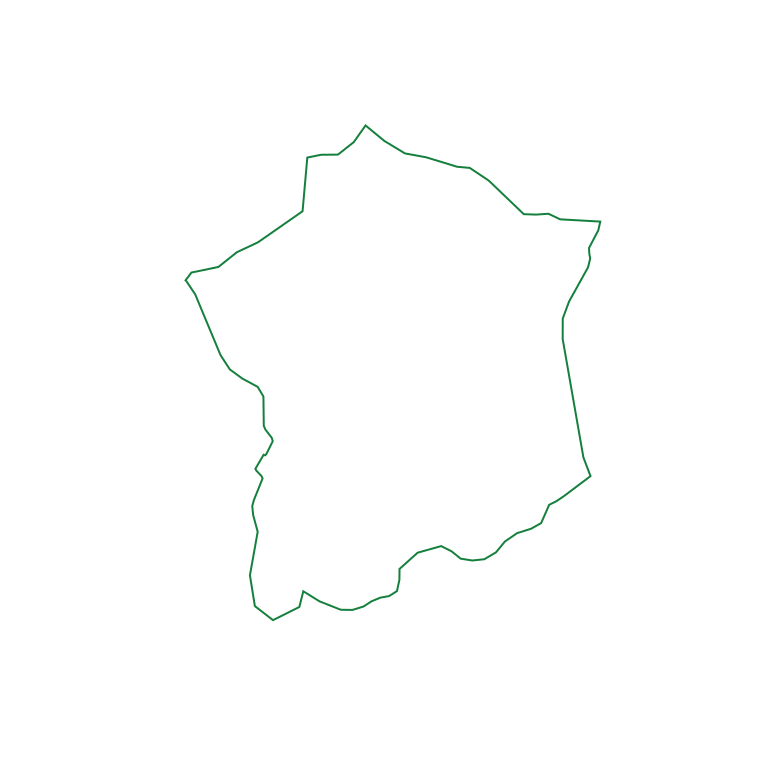 map outline of Ruyigi (Mercator projection), rotated 125°
{"feature_id": "BDI-2635", "entity_name": "Ruyigi", "entity_type": "Province", "adm_level": 1, "iso_a3": "BDI", "parent_name": "Burundi", "parent_adm1": "", "projection": "mercator", "projection_center": [30.363, -3.445], "detail": "fine", "context": "isolated", "style": "outline", "palette": "green", "viewbox_px": 768, "rotation_deg": 125, "n_neighbors": 0, "source": "natural_earth", "source_scale": "10m", "svg_char_len": 1198}
<svg xmlns="http://www.w3.org/2000/svg" viewBox="0 0 768 768"><g transform="rotate(125 384 384)"><path d="M615.3,325.5L641.1,339.5L640.0,362.4L617.6,384.1L577.5,402.7L566.4,416.0L559.6,421.9L553.7,424.0L531.0,429.3L529.7,431.4L528.2,438.8L527.3,440.7L511.0,442.0L510.6,440.4L508.9,440.2L494.7,442.3L492.5,445.0L489.3,455.1L487.2,458.5L463.4,475.6L458.8,485.8L460.8,503.0L460.5,518.6L454.1,534.5L418.9,590.0L412.9,605.4L412.9,606.0L412.4,606.0L403.2,605.7L383.1,586.8L360.4,580.1L340.2,568.5L289.2,549.8L242.5,576.7L232.3,567.0L222.5,553.3L203.2,547.5L182.8,547.4L184.7,523.2L183.1,499.1L174.2,479.7L164.1,448.7L157.8,437.7L157.3,414.9L164.7,366.9L158.0,356.6L150.2,346.9L148.1,334.2L126.9,300.0L135.2,296.6L154.9,294.1L159.1,290.9L162.9,287.1L171.3,283.8L210.4,279.7L227.9,275.1L244.7,263.4L329.8,178.5L341.0,162.0L373.5,172.6L381.2,175.6L388.2,179.4L407.8,175.5L418.2,180.5L429.8,189.4L443.6,194.6L457.6,195.7L470.0,201.3L477.9,210.4L483.1,221.0L482.3,232.8L484.0,244.2L502.9,259.7L526.6,265.2L535.5,259.1L546.2,254.6L554.8,258.2L561.2,264.5L569.2,269.6L578.1,273.2L587.2,280.3L593.7,289.9L599.0,312.0L600.1,331.2L615.1,325.5L615.3,325.5Z" fill="none" stroke="#15803d" stroke-width="2"/></g></svg>